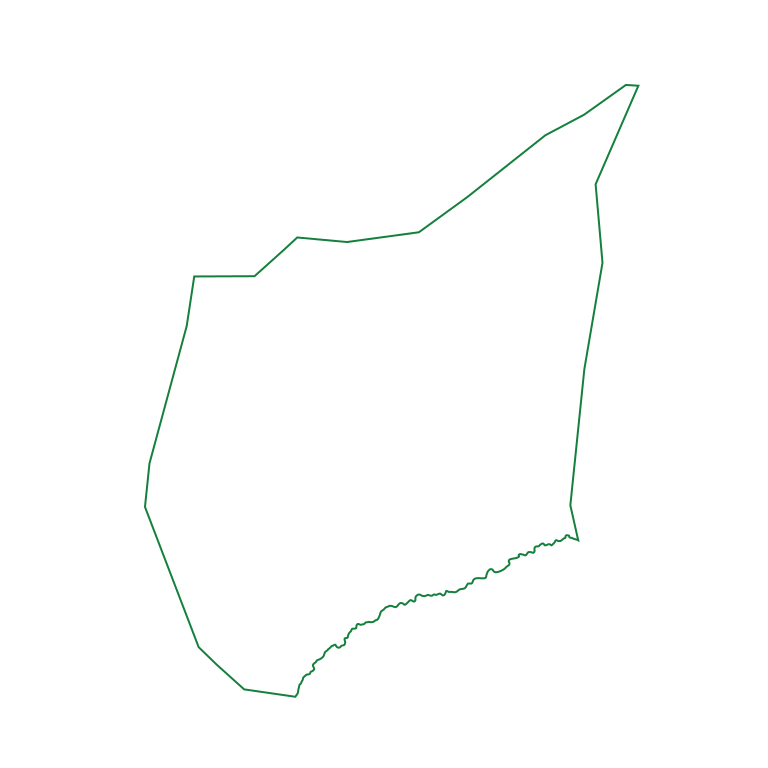 outline of Bayanjargalan, Töv, Mongolia, rotated 95°
{"feature_id": "93677404B91267927861385", "entity_name": "Bayanjargalan", "entity_type": "district", "adm_level": 2, "iso_a3": "MNG", "parent_name": "Mongolia", "parent_adm1": "Töv", "projection": "equal_earth", "projection_center": [108.634, 47.077], "detail": "fine", "context": "isolated", "style": "outline", "palette": "green", "viewbox_px": 768, "rotation_deg": 95, "n_neighbors": 0, "source": "geoboundaries", "source_scale": "gbopen_adm2", "svg_char_len": 4168}
<svg xmlns="http://www.w3.org/2000/svg" viewBox="0 0 768 768"><g transform="rotate(95 384 384)"><path d="M64.7,156.6L65.0,169.1L97.9,207.7L98.0,207.7L122.1,244.9L190.6,317.4L229.8,362.5L245.8,433.3L245.6,483.2L259.8,496.1L287.9,522.4L293.4,582.4L343.5,585.6L483.5,610.7L527.3,611.4L662.3,545.7L678.0,526.4L700.4,496.7L703.3,445.1L700.1,443.2L698.4,442.8L696.2,442.7L693.6,442.3L691.7,442.1L691.1,442.0L690.4,441.4L689.5,440.6L687.5,440.0L685.8,439.2L684.4,439.0L683.7,438.9L683.3,438.7L681.7,437.2L680.7,436.3L680.2,435.5L680.0,434.7L679.7,433.4L679.3,432.8L678.9,432.5L678.2,432.3L677.4,432.1L676.8,431.5L676.4,430.4L674.7,428.9L674.1,428.7L673.6,428.7L673.1,429.0L672.1,429.5L671.0,430.2L670.1,430.3L669.2,429.9L667.9,428.7L666.9,427.6L665.9,427.2L665.0,426.5L664.4,425.3L663.7,423.9L662.6,422.3L661.3,421.1L659.9,420.3L657.6,419.8L656.1,419.3L655.5,418.7L654.7,417.7L654.0,417.0L653.0,416.4L652.0,415.2L650.5,414.0L649.7,413.3L649.2,412.2L648.4,411.1L648.0,410.2L648.0,409.8L648.1,409.6L648.4,409.4L649.4,408.7L650.2,407.9L650.5,406.8L650.7,406.1L650.3,405.1L649.7,404.5L648.8,403.9L648.4,403.3L647.5,400.9L646.3,400.3L644.5,400.1L643.0,400.7L642.1,401.0L641.1,401.0L640.6,400.5L640.1,398.6L640.0,398.3L639.0,397.9L638.0,398.0L635.5,397.2L634.4,396.5L633.2,395.4L632.3,395.1L631.1,394.7L630.7,394.3L630.5,394.0L630.2,391.4L629.9,390.8L629.6,390.4L629.1,390.4L627.4,390.4L626.1,390.0L625.4,389.2L625.3,388.5L625.6,387.5L625.9,386.6L625.9,385.9L625.6,385.2L625.3,384.5L625.1,383.3L624.6,382.6L623.6,382.0L623.1,381.3L622.9,380.6L622.7,379.4L622.3,378.5L622.5,376.7L622.3,375.3L621.9,374.0L621.3,373.1L620.1,371.9L619.8,370.7L618.6,369.5L616.5,368.6L614.0,367.9L611.9,367.5L610.7,367.0L608.7,364.6L606.9,363.3L606.2,362.5L605.2,360.2L604.5,359.2L604.4,357.6L604.6,356.2L605.1,354.7L605.3,353.1L604.9,352.2L604.1,351.4L602.8,350.6L601.5,349.6L601.0,348.9L600.7,348.1L600.7,347.0L601.3,345.5L602.0,344.5L602.1,343.9L601.8,343.4L600.8,342.4L599.1,340.9L597.6,339.7L597.1,338.9L596.9,338.4L597.3,337.4L598.0,336.0L598.1,335.1L597.7,334.4L596.8,333.9L595.8,333.9L594.3,334.1L593.3,333.9L592.0,333.1L591.0,331.9L590.6,330.8L590.8,329.5L591.3,328.4L591.7,327.6L591.8,326.4L591.8,325.3L591.5,324.3L590.8,322.9L590.3,322.0L590.3,321.3L590.7,319.9L590.8,318.4L590.5,317.3L589.8,316.7L589.3,315.8L589.3,315.1L589.6,314.0L589.4,313.2L588.7,311.9L588.1,310.7L587.9,309.9L588.4,308.8L589.5,307.1L589.2,305.9L588.3,305.1L586.5,304.4L585.4,304.2L584.8,303.9L584.7,303.5L585.1,302.3L585.5,301.1L585.4,299.9L585.2,298.7L585.3,297.3L585.3,295.3L584.9,294.1L583.9,292.8L582.6,291.5L581.9,290.5L581.5,289.0L581.1,287.3L580.6,286.0L579.6,285.0L577.7,284.1L576.2,283.4L575.6,283.0L575.4,282.3L575.3,280.8L575.1,279.4L574.3,278.7L572.8,278.3L571.8,278.0L571.0,277.6L570.1,276.6L569.6,275.5L569.2,273.4L569.1,271.3L569.0,268.8L568.7,266.7L568.3,266.0L567.7,265.6L566.8,265.4L565.4,265.3L563.6,264.9L561.6,264.2L559.6,262.6L559.2,261.8L559.1,260.5L559.6,259.6L561.1,258.3L561.6,257.5L561.8,256.2L561.5,254.6L560.9,253.0L559.1,249.7L557.3,247.5L555.7,246.3L554.2,244.6L553.6,243.9L553.0,243.5L552.4,243.3L551.2,243.5L550.3,244.1L549.5,244.3L548.6,244.1L547.8,243.4L546.9,241.1L546.1,237.9L545.3,235.9L544.6,234.9L544.2,234.5L543.5,234.6L542.8,234.9L542.2,234.7L541.8,234.1L541.5,233.4L541.9,230.4L542.4,228.4L542.2,227.7L540.9,226.9L539.6,226.1L538.9,225.5L538.7,224.4L538.7,223.0L538.9,221.9L539.2,220.9L539.0,220.3L538.4,219.8L537.7,219.5L536.5,219.5L535.0,219.8L533.8,219.6L532.9,218.9L532.5,218.0L532.4,216.7L532.1,215.7L531.2,215.0L529.8,213.6L529.1,212.4L529.1,211.4L529.8,210.5L530.6,210.0L530.7,209.2L530.3,208.2L529.7,207.1L529.2,205.9L529.3,204.6L529.7,203.9L530.1,203.4L530.1,203.1L529.4,202.2L528.3,201.4L527.4,200.6L526.2,199.9L525.1,199.6L524.7,199.1L524.6,198.5L524.9,197.7L525.3,196.6L525.2,195.7L525.0,194.5L524.3,193.6L522.6,191.9L521.9,191.0L521.6,190.1L521.3,189.9L520.6,189.9L519.7,189.9L519.1,189.5L518.7,188.8L518.7,188.0L518.8,187.1L519.1,186.4L519.9,186.2L520.4,186.0L520.6,185.7L520.9,184.7L520.9,183.6L521.7,181.4L522.1,179.5L522.2,178.4L522.8,176.9L488.6,187.8L351.6,185.7L244.2,176.9L166.6,190.6L64.7,156.6Z" fill="none" stroke="#15803d" stroke-width="2"/></g></svg>